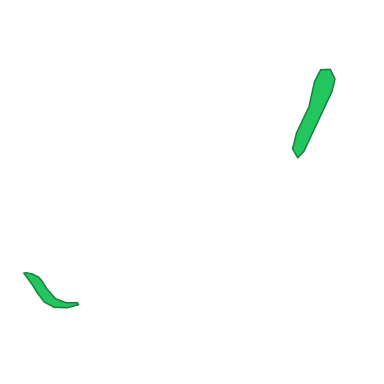 Berry Islands, Robinson projection, rotated 53°
{"feature_id": "BHS-5018", "entity_name": "Berry Islands", "entity_type": "District", "adm_level": 1, "iso_a3": "BHS", "parent_name": "The Bahamas", "parent_adm1": "", "projection": "robinson", "projection_center": [-77.863, 25.599], "detail": "fine", "context": "isolated", "style": "filled", "palette": "green", "viewbox_px": 384, "rotation_deg": 53, "n_neighbors": 0, "source": "natural_earth", "source_scale": "10m", "svg_char_len": 482}
<svg xmlns="http://www.w3.org/2000/svg" viewBox="0 0 384 384"><g transform="rotate(53 192 192)"><path d="M228.3,86.9L218.1,85.8L207.7,72.9L194.4,47.4L177.5,27.6L171.8,15.6L177.3,7.8L187.8,9.8L195.9,19.6L226.9,78.2L228.3,86.9ZM191.1,376.2L178.3,376.2L170.9,375.4L155.7,375.1L156.4,373.3L161.3,368.9L167.6,365.8L172.7,365.3L182.2,366.2L195.2,365.2L205.0,358.9L211.4,350.1L213.7,350.5L209.3,361.4L201.1,371.5L191.1,376.2Z" fill="#22c55e" stroke="#15803d" stroke-width="1.5"/></g></svg>